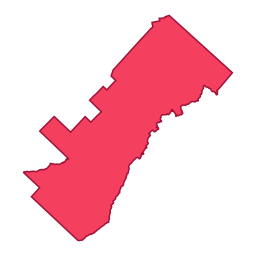 La Matanza, Buenos Aires, Argentina
{"feature_id": "61730980B21366789082443", "entity_name": "La Matanza", "entity_type": "district", "adm_level": 2, "iso_a3": "ARG", "parent_name": "Argentina", "parent_adm1": "Buenos Aires", "projection": "albers", "projection_center": [-58.605, -34.773], "detail": "fine", "context": "isolated", "style": "filled", "palette": "rose", "viewbox_px": 256, "rotation_deg": 0, "n_neighbors": 0, "source": "geoboundaries", "source_scale": "gbopen_adm2", "svg_char_len": 5853}
<svg xmlns="http://www.w3.org/2000/svg" viewBox="0 0 256 256"><path d="M232.4,72.7L170.0,16.2L169.2,15.4L165.2,16.8L165.4,17.4L162.3,18.2L161.2,18.3L159.2,18.3L159.8,20.9L152.0,22.4L152.8,27.2L151.1,28.3L144.3,35.8L141.7,38.5L124.2,57.8L113.5,69.6L113.3,69.6L111.1,76.1L115.7,80.4L106.8,89.9L103.2,86.5L96.2,93.8L93.0,96.6L89.6,100.3L101.3,111.7L95.9,117.0L90.8,122.2L85.2,116.6L70.6,132.1L54.2,116.5L39.7,131.1L68.5,158.6L68.1,159.3L67.9,159.3L67.5,159.3L66.6,159.0L66.2,159.1L66.0,159.7L66.1,160.1L65.9,160.5L65.4,160.9L65.2,161.4L65.0,161.5L64.4,161.6L63.4,162.3L63.5,162.5L63.3,162.7L63.1,162.9L62.7,162.7L62.0,162.8L61.0,163.6L59.7,164.3L59.0,164.1L58.6,164.2L58.2,164.2L57.4,164.3L56.8,164.1L56.4,164.1L55.8,164.3L55.4,164.2L54.6,164.5L54.4,164.5L53.9,164.0L53.5,163.9L52.9,163.9L52.3,163.7L51.0,163.5L50.4,163.5L50.2,163.7L50.1,164.3L50.2,164.8L50.1,165.1L49.0,166.0L47.7,167.6L47.3,167.8L47.0,168.3L46.8,168.5L46.2,168.8L45.3,168.9L45.0,169.1L44.1,169.6L43.7,170.0L42.5,169.5L41.8,169.5L41.1,169.7L40.5,169.6L39.9,169.7L38.6,170.6L35.8,171.8L35.4,171.7L34.8,171.4L33.9,171.2L33.2,171.3L32.4,171.3L31.8,171.4L30.7,171.4L30.2,171.6L29.9,171.8L29.2,171.9L28.8,171.9L27.7,171.4L27.0,171.4L26.3,171.5L26.0,171.7L25.6,172.1L25.0,172.2L24.4,171.7L24.2,171.7L23.6,172.6L39.6,187.6L31.4,196.8L77.9,240.4L78.4,240.4L79.4,240.6L80.5,240.3L82.4,240.1L83.1,239.3L84.1,238.6L84.7,237.9L84.9,237.7L85.2,237.6L86.0,236.5L86.8,236.0L87.6,235.8L88.4,235.3L89.8,234.2L90.2,234.2L91.0,234.5L92.4,233.6L94.0,233.0L94.2,232.8L94.6,232.1L95.5,231.8L96.0,231.3L96.8,230.2L98.4,229.3L99.0,228.8L100.1,228.0L100.5,227.4L100.9,227.0L102.0,226.5L102.7,225.9L103.7,225.3L105.6,223.5L106.2,223.4L106.7,222.8L108.3,222.3L108.6,222.1L108.8,221.3L108.7,220.9L108.8,220.0L108.9,219.7L109.4,219.0L109.4,218.1L109.2,217.4L109.2,216.6L109.5,215.9L109.6,214.5L110.0,213.7L110.1,213.2L110.1,212.9L110.4,212.3L110.4,211.9L110.0,211.1L110.3,210.4L110.8,208.6L111.4,208.0L111.5,207.6L111.6,206.5L111.3,206.1L111.2,205.4L111.7,204.7L112.3,204.5L112.8,203.6L113.4,203.1L113.6,202.7L113.1,201.5L113.2,201.2L113.5,200.6L114.2,200.2L114.8,199.7L115.4,198.9L115.6,198.4L115.6,197.5L115.8,197.1L116.2,196.7L117.2,195.8L118.5,194.0L118.8,193.3L119.6,192.8L119.7,192.6L119.9,191.9L119.7,191.4L119.6,191.1L119.6,190.7L120.7,188.2L120.8,187.9L120.7,187.6L120.7,187.4L121.8,186.3L122.6,186.0L122.8,185.8L123.4,185.0L123.4,184.2L123.4,183.6L123.8,182.9L124.0,181.9L124.4,181.2L124.8,180.1L125.1,179.7L125.4,179.1L126.0,178.4L126.1,177.7L126.6,175.7L126.8,175.4L126.8,174.6L126.9,174.1L127.0,173.9L127.5,173.7L128.1,173.1L128.2,172.6L128.3,171.8L128.6,170.4L128.8,169.9L129.1,168.5L129.1,167.9L128.7,167.5L128.6,167.3L128.6,167.0L129.0,165.9L129.2,165.6L129.6,164.5L130.2,163.8L130.8,163.6L131.1,163.4L132.6,161.5L133.2,160.7L133.5,160.1L134.7,159.7L134.9,159.4L135.4,158.4L135.6,158.2L136.3,158.0L137.1,157.4L137.4,157.4L137.8,157.4L138.3,157.6L138.6,158.1L139.2,158.8L139.6,158.8L140.0,158.6L140.7,157.1L140.8,156.6L141.1,156.2L141.1,155.4L141.7,155.0L141.8,154.9L141.8,154.4L141.5,153.7L141.5,153.4L141.7,153.2L142.2,153.3L142.5,153.6L142.8,154.1L143.2,154.3L143.4,154.2L143.7,153.7L143.7,153.4L143.4,153.1L142.7,153.0L142.5,152.8L142.5,152.4L142.7,152.2L143.4,151.7L143.6,151.5L143.7,150.7L144.6,149.9L144.8,149.6L144.9,148.7L145.3,148.4L146.3,148.1L146.7,147.8L146.8,147.3L146.1,146.7L145.9,146.4L145.9,146.1L146.0,145.9L147.0,145.0L148.0,143.8L148.2,143.4L148.2,142.9L147.7,142.5L147.5,142.2L147.6,139.9L147.9,138.4L148.0,138.1L148.2,137.8L148.9,137.2L149.6,136.2L150.0,135.9L150.2,135.6L150.3,135.1L149.9,134.2L149.7,134.1L149.0,134.0L148.9,133.8L148.8,133.6L148.9,133.3L150.1,132.4L151.2,131.1L152.0,130.8L152.5,130.3L152.7,130.2L153.1,130.3L154.0,131.5L154.6,131.8L155.7,131.3L156.8,130.1L157.3,129.7L158.3,129.3L158.5,129.0L158.5,128.1L158.2,127.6L157.8,127.3L156.8,127.6L156.6,127.6L156.4,127.4L156.5,127.1L156.6,126.9L157.2,126.5L157.4,125.7L157.2,125.3L156.7,124.9L156.6,124.7L156.6,123.8L157.0,123.4L157.1,123.1L157.0,122.7L157.3,122.4L159.3,122.5L159.7,122.3L159.8,121.7L160.1,121.4L160.3,121.4L160.8,121.7L161.0,121.7L161.5,121.4L161.3,120.7L161.1,120.3L160.6,119.9L160.4,119.5L160.3,118.6L160.4,118.1L160.9,117.7L161.0,117.6L160.9,116.2L161.1,115.9L161.5,115.6L161.8,115.2L162.6,114.7L164.1,114.8L165.2,114.7L166.0,114.8L166.3,114.7L166.7,114.1L167.0,113.8L167.3,113.8L167.8,114.4L168.0,114.5L168.4,114.6L168.8,114.6L169.5,113.5L170.3,112.9L171.0,111.7L171.1,111.1L171.5,109.8L171.8,109.6L172.0,109.6L172.5,109.7L172.6,109.9L172.3,110.5L172.2,110.9L172.4,111.2L172.8,111.3L173.3,111.2L173.7,111.3L173.9,111.9L174.5,112.3L174.6,112.6L174.6,113.0L175.6,114.1L175.8,114.4L175.9,114.9L176.0,115.5L175.8,115.7L175.8,115.9L175.8,116.2L176.0,116.3L176.3,116.2L176.8,115.6L177.1,115.4L177.3,115.3L177.8,115.6L178.4,115.7L180.4,114.5L181.1,114.8L181.5,114.6L181.8,114.3L182.8,113.2L182.7,112.9L182.2,112.6L182.0,112.4L181.9,112.1L182.3,111.3L182.2,111.1L181.6,110.3L180.9,109.8L180.8,109.6L181.0,109.1L181.0,108.6L180.9,108.2L180.7,107.7L180.6,107.0L180.7,106.4L180.8,106.3L181.5,106.0L182.0,105.4L182.5,105.2L184.5,105.2L185.4,105.4L185.7,105.4L186.4,104.4L186.9,104.2L187.8,104.3L188.3,104.2L189.8,102.9L191.9,101.5L192.5,101.5L193.5,101.7L195.0,101.9L195.7,101.5L196.2,100.9L196.4,100.8L196.8,100.7L197.5,101.0L198.1,100.8L198.3,100.5L198.2,99.7L198.4,98.8L198.9,98.1L200.2,96.9L200.3,96.6L200.4,96.2L200.2,95.3L200.3,94.9L201.4,94.2L201.7,93.7L201.9,92.3L201.8,90.7L202.5,89.9L203.3,88.5L203.5,87.9L203.5,86.6L203.6,85.9L203.8,85.5L204.4,85.4L204.8,85.7L206.0,86.9L206.6,87.1L208.0,87.3L208.1,87.6L208.6,87.8L209.1,88.4L209.4,88.6L210.1,88.6L210.7,88.7L210.8,88.8L211.1,90.2L211.8,91.1L212.5,91.5L213.9,91.8L215.2,92.5L215.9,94.0L216.3,94.6L216.7,94.8L217.3,94.5L217.4,94.0L217.2,92.6L217.6,91.7L216.9,90.8L219.9,87.6L232.4,72.7Z" fill="#f43f5e" stroke="#9f1239" stroke-width="1.5"/></svg>